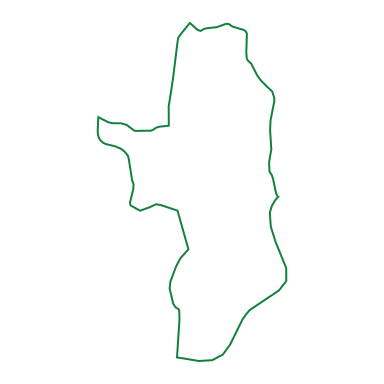 an SVG outline of Takêv
{"feature_id": "KHM-1802", "entity_name": "Takêv", "entity_type": "Province", "adm_level": 1, "iso_a3": "KHM", "parent_name": "Cambodia", "parent_adm1": "", "projection": "equal_earth", "projection_center": [104.777, 10.935], "detail": "fine", "context": "isolated", "style": "outline", "palette": "green", "viewbox_px": 384, "rotation_deg": 0, "n_neighbors": 0, "source": "natural_earth", "source_scale": "10m", "svg_char_len": 1518}
<svg xmlns="http://www.w3.org/2000/svg" viewBox="0 0 384 384"><path d="M277.9,197.1L275.0,200.5L271.7,206.3L269.8,212.7L270.8,226.6L275.5,241.7L286.2,268.0L286.3,281.0L279.1,290.3L249.7,310.1L245.9,314.5L242.4,319.6L230.1,344.6L222.9,354.5L212.2,360.2L198.8,361.0L184.0,358.5L176.9,357.4L177.2,354.6L179.5,319.2L179.2,310.3L178.5,309.3L177.6,308.5L176.7,308.0L175.6,307.5L173.2,303.7L169.6,288.4L170.4,281.6L175.8,267.2L178.3,262.1L180.8,257.8L188.4,249.3L177.5,210.6L160.6,205.0L155.8,204.3L149.8,207.2L140.1,210.7L131.0,205.7L130.4,204.9L130.0,202.4L133.2,189.4L133.6,184.5L132.8,181.9L132.2,180.7L128.7,158.6L127.9,155.7L124.4,151.4L121.1,148.9L115.4,146.4L105.7,144.0L103.2,142.8L100.2,140.2L98.7,137.2L97.9,134.1L97.7,130.2L98.3,117.2L108.2,122.2L111.9,123.2L120.6,123.3L123.8,124.0L126.8,125.0L133.6,130.2L135.2,130.9L150.7,130.7L151.8,130.4L153.7,129.4L155.4,128.1L158.7,126.8L168.8,125.7L168.7,106.3L171.6,88.1L173.3,76.2L177.5,42.1L178.3,37.8L180.7,34.2L189.9,23.0L197.7,30.0L200.6,30.9L201.1,30.7L203.7,29.0L207.6,28.1L216.8,27.2L225.8,23.9L227.7,23.9L229.2,24.2L230.2,24.9L231.1,25.7L232.8,26.7L243.3,29.8L245.2,30.8L245.8,31.5L246.9,33.7L246.3,52.0L246.7,58.1L247.2,59.3L247.7,60.3L249.2,61.9L251.0,63.3L257.2,75.4L260.5,80.0L266.4,86.0L272.2,91.5L274.2,97.6L274.3,101.3L270.5,120.6L270.1,130.2L271.3,149.4L269.1,162.1L269.4,170.4L269.9,172.3L270.6,173.3L271.3,174.2L272.1,175.9L273.0,178.6L275.7,191.6L276.1,193.0L276.5,194.2L277.8,197.1L277.9,197.1Z" fill="none" stroke="#15803d" stroke-width="2"/></svg>